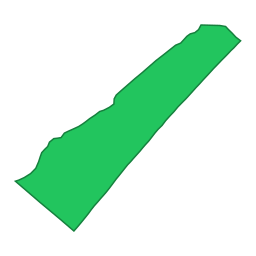 Balneário Arroio do Silva, Santa Catarina, Brazil (orthographic projection)
{"feature_id": "56859067B63306994549847", "entity_name": "Balneário Arroio do Silva", "entity_type": "district", "adm_level": 2, "iso_a3": "BRA", "parent_name": "Brazil", "parent_adm1": "Santa Catarina", "projection": "orthographic", "projection_center": [-49.466, -29.02], "detail": "fine", "context": "isolated", "style": "filled", "palette": "green", "viewbox_px": 256, "rotation_deg": 0, "n_neighbors": 0, "source": "geoboundaries", "source_scale": "gbopen_adm2", "svg_char_len": 1272}
<svg xmlns="http://www.w3.org/2000/svg" viewBox="0 0 256 256"><path d="M15.4,181.2L40.4,202.7L59.2,218.4L73.9,231.0L76.9,227.6L80.7,223.1L85.5,217.2L88.6,213.3L91.2,209.7L94.1,206.0L97.5,202.2L100.2,199.0L103.5,195.3L106.5,191.8L109.2,188.4L113.1,183.2L116.2,179.0L118.6,176.1L121.0,173.1L124.1,169.2L127.6,164.8L130.7,161.6L133.1,158.8L136.5,155.0L140.1,151.0L142.7,147.8L145.3,144.8L148.6,141.2L151.8,137.1L154.7,133.3L158.0,129.4L162.1,125.4L165.6,120.7L170.0,115.8L174.0,111.6L177.9,106.9L182.9,101.8L185.8,98.9L189.0,95.4L192.6,91.4L195.9,87.7L199.6,83.8L203.0,80.0L205.9,76.9L209.7,72.8L213.5,68.6L217.4,64.6L221.7,60.1L225.5,56.3L228.4,53.3L231.0,50.5L233.6,48.1L237.2,44.2L240.6,40.8L235.8,37.1L232.1,33.1L228.4,29.5L225.6,26.5L219.8,25.5L201.0,25.0L198.6,29.6L194.9,32.6L190.2,33.9L186.9,36.3L184.1,39.4L180.7,43.1L175.6,45.2L168.4,50.9L164.0,54.4L156.1,60.5L142.0,72.8L135.2,78.4L121.2,90.6L116.3,95.0L114.2,98.8L113.9,104.0L109.4,107.3L103.6,110.3L99.7,111.5L94.9,115.2L89.7,118.6L85.9,121.6L82.6,124.0L78.7,126.5L72.6,129.3L67.9,131.4L64.4,133.1L61.1,137.6L57.5,138.2L53.8,138.6L49.5,142.1L47.7,146.5L44.7,149.4L41.7,152.7L40.2,156.9L38.7,161.6L35.8,168.3L30.6,173.6L24.2,177.6L18.8,180.1L15.4,181.2Z" fill="#22c55e" stroke="#15803d" stroke-width="1.5"/></svg>